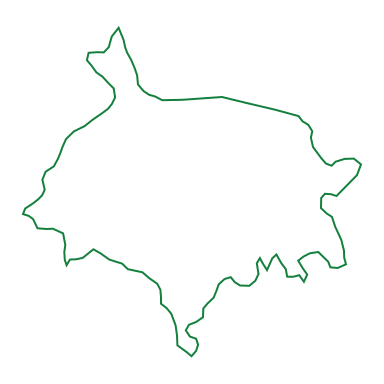 Cosmópolis, São Paulo, Brazil (Albers equal-area conic projection)
{"feature_id": "56859067B61325650388807", "entity_name": "Cosmópolis", "entity_type": "district", "adm_level": 2, "iso_a3": "BRA", "parent_name": "Brazil", "parent_adm1": "São Paulo", "projection": "albers", "projection_center": [-47.186, -22.652], "detail": "fine", "context": "isolated", "style": "outline", "palette": "green", "viewbox_px": 384, "rotation_deg": 0, "n_neighbors": 0, "source": "geoboundaries", "source_scale": "gbopen_adm2", "svg_char_len": 1867}
<svg xmlns="http://www.w3.org/2000/svg" viewBox="0 0 384 384"><path d="M177.4,345.3L182.0,348.7L186.8,352.2L191.5,356.2L196.1,350.9L198.1,344.7L196.1,338.7L190.0,336.6L185.8,330.4L188.9,324.8L196.1,322.0L203.0,317.2L203.3,308.5L207.5,303.5L213.6,297.7L216.5,290.7L218.7,284.4L224.6,279.0L230.8,277.2L234.6,282.0L240.0,285.5L249.3,285.8L255.3,280.8L258.5,274.0L256.8,263.3L259.9,258.1L262.8,263.5L267.0,270.1L272.3,258.3L276.4,254.5L281.2,263.0L285.8,269.2L287.2,276.7L292.9,276.8L299.3,275.2L303.9,281.8L307.2,274.6L302.6,268.0L298.2,260.7L303.6,256.5L309.8,253.3L318.3,252.0L328.2,261.7L330.4,267.3L337.7,268.0L346.0,264.3L344.2,257.7L344.0,250.8L341.4,240.2L338.8,234.4L335.4,227.2L331.9,216.8L326.7,213.5L321.0,208.1L321.2,198.0L324.9,193.8L331.0,194.2L336.5,196.0L357.0,175.1L361.0,164.4L353.8,158.6L344.6,158.9L335.6,161.7L331.6,165.7L325.9,163.5L321.3,158.2L316.9,152.3L313.0,147.0L310.9,137.6L312.3,131.3L308.4,124.9L302.5,121.3L298.6,116.1L274.7,109.6L246.5,103.0L222.0,97.0L182.2,99.8L162.3,100.2L154.9,96.4L149.1,94.8L143.6,91.1L138.0,84.5L137.1,75.2L134.4,67.5L131.2,60.0L127.2,52.8L125.2,47.4L123.5,39.7L118.6,27.8L111.7,36.6L108.8,47.1L103.8,52.4L97.0,52.2L88.6,52.8L86.9,60.2L91.5,65.6L96.4,72.4L102.5,76.7L108.6,83.3L113.7,88.4L115.1,97.4L111.9,104.0L107.9,108.9L102.4,113.0L92.4,119.9L84.6,126.1L74.0,131.3L66.0,139.1L62.5,147.0L60.2,153.4L57.9,158.9L53.9,166.3L45.6,171.7L42.4,179.7L44.7,189.8L42.1,195.3L38.1,199.4L32.8,203.5L25.2,208.5L23.0,214.1L28.8,215.9L33.1,219.1L37.5,228.3L46.7,229.0L52.8,228.7L63.1,233.4L65.3,244.9L64.3,252.0L64.8,259.9L66.6,265.2L70.0,259.5L76.0,259.3L82.7,257.9L93.4,249.3L100.9,253.6L109.2,259.5L114.6,261.3L122.1,263.6L127.9,269.2L142.5,272.3L148.9,277.9L157.3,283.8L160.4,289.8L161.0,297.3L161.0,303.7L166.7,308.2L171.3,313.8L175.6,325.4L177.0,335.3L177.4,345.3Z" fill="none" stroke="#15803d" stroke-width="2"/></svg>